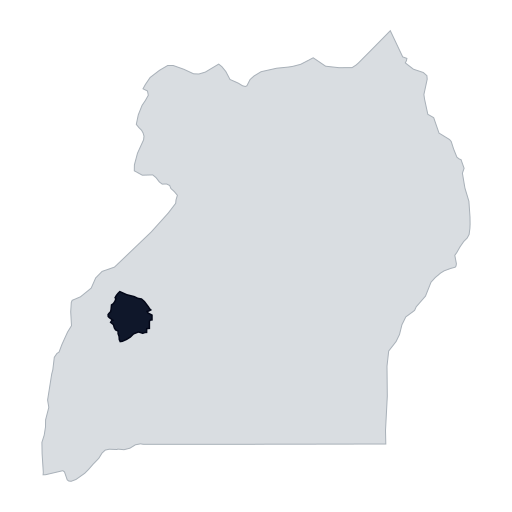 where Kyenjojo sits in Uganda
{"feature_id": "UGA-3107", "entity_name": "Kyenjojo", "entity_type": "District", "adm_level": 1, "iso_a3": "UGA", "parent_name": "Uganda", "parent_adm1": "", "projection": "albers", "projection_center": [30.656, 0.613], "detail": "fine", "context": "in_parent", "style": "filled", "palette": "ink", "viewbox_px": 512, "rotation_deg": 0, "n_neighbors": 0, "source": "natural_earth", "source_scale": "10m", "svg_char_len": 2923}
<svg xmlns="http://www.w3.org/2000/svg" viewBox="0 0 512 512"><path d="M385.8,444.0L377.1,444.0L363.0,444.0L349.0,444.1L334.9,444.1L320.8,444.1L306.7,444.2L292.6,444.2L278.6,444.2L264.5,444.2L250.4,444.3L236.3,444.3L222.2,444.3L208.2,444.3L194.1,444.3L180.0,444.3L165.9,444.3L151.8,444.3L143.5,444.3L141.9,444.1L140.7,443.8L135.4,444.8L129.9,448.2L124.0,449.7L117.8,449.1L117.0,449.5L113.8,449.4L109.3,449.2L105.2,450.1L102.0,453.1L98.8,458.3L93.0,464.3L88.5,469.5L84.7,473.3L75.9,479.5L71.1,481.3L68.7,481.0L67.2,479.8L64.5,471.9L62.8,470.7L45.7,474.7L43.1,474.8L43.3,472.3L42.1,453.7L41.9,442.4L44.2,435.2L45.5,427.0L45.6,419.8L48.8,407.4L47.6,400.0L51.7,374.1L52.8,369.9L54.3,357.3L56.9,353.5L59.1,352.0L62.0,344.3L67.6,332.0L71.5,325.7L70.7,311.8L71.3,302.4L72.2,300.3L80.5,296.8L91.2,288.1L95.7,277.9L102.1,271.4L114.5,267.1L151.2,232.0L168.3,213.0L175.7,203.3L176.0,199.9L177.4,195.3L174.4,191.7L170.9,188.5L169.7,185.5L166.6,184.0L162.2,184.1L159.3,181.9L156.0,177.6L152.7,174.9L142.3,175.2L134.3,170.8L134.4,164.9L137.5,153.2L143.6,139.8L144.0,136.1L143.1,133.0L141.6,130.3L138.9,127.6L136.3,124.4L138.3,114.8L142.1,105.3L145.3,100.6L148.3,95.3L147.5,91.0L143.0,88.8L145.3,84.6L150.1,77.5L159.5,70.3L167.7,65.5L173.2,65.5L183.9,69.3L193.6,73.8L198.9,74.0L205.3,72.1L218.7,64.1L221.9,66.7L225.8,71.5L230.0,79.5L238.4,83.2L242.4,85.7L245.3,86.5L246.9,85.8L250.1,79.5L254.0,76.0L261.1,71.7L276.8,68.2L288.0,67.1L292.7,66.4L300.7,64.3L313.2,57.8L325.6,66.2L339.0,67.7L352.1,67.6L356.0,65.1L358.3,63.1L371.9,49.4L390.3,30.7L402.7,56.9L406.9,58.4L406.4,60.7L405.3,62.9L413.4,69.2L423.3,72.5L426.9,75.7L427.2,79.2L423.9,94.5L424.5,98.9L427.8,114.3L433.7,117.7L439.0,133.1L449.6,139.6L451.2,141.5L453.6,149.0L456.9,157.2L459.4,159.1L461.0,159.6L464.1,168.3L462.4,173.2L464.9,188.0L468.9,201.3L470.0,217.2L470.1,224.2L469.9,228.4L469.1,234.5L467.2,238.0L463.8,241.4L460.1,246.7L456.8,252.5L454.8,255.3L456.4,263.8L456.0,266.1L455.2,267.2L450.4,268.5L444.2,270.8L440.5,273.1L435.3,277.5L431.0,282.2L425.5,296.1L416.2,306.8L414.6,310.4L405.8,316.9L401.9,324.8L399.5,334.5L396.1,341.5L388.7,351.0L387.0,366.1L387.3,396.2L385.5,430.5L385.8,444.0Z" fill="#d9dde1" stroke="#a8b0b8" stroke-width="1"/><path d="M112.8,320.2L109.4,317.7L108.2,316.5L108.1,314.5L109.4,312.9L110.6,311.7L111.1,309.3L111.5,304.9L113.3,303.7L114.9,301.4L115.9,298.7L115.4,298.2L115.1,297.7L116.4,295.4L118.0,293.4L119.8,291.6L126.7,294.7L134.2,296.6L137.7,298.3L141.5,299.0L144.5,301.7L148.5,307.0L149.5,308.7L150.8,309.9L148.8,311.0L147.1,311.4L148.1,313.1L150.7,314.4L152.0,315.1L152.0,319.9L150.3,320.1L149.4,321.2L149.4,328.4L146.7,328.6L146.6,332.4L144.9,332.5L142.7,333.3L140.7,332.6L138.4,332.0L136.3,332.8L133.5,333.9L130.4,337.0L126.6,339.4L122.3,341.3L120.2,341.6L119.3,339.6L119.1,336.5L118.1,333.7L118.1,331.1L115.6,329.9L114.4,328.0L113.4,324.6L110.6,322.3L111.7,320.6L112.8,320.2Z" fill="#0f172a" stroke="#020617" stroke-width="1.5"/></svg>